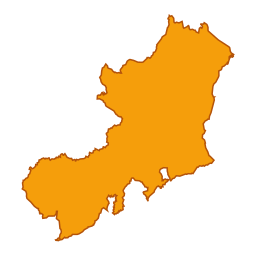 Tianguistengo, Hidalgo, Mexico (Equal Earth projection)
{"feature_id": "50627088B25883643006706", "entity_name": "Tianguistengo", "entity_type": "district", "adm_level": 2, "iso_a3": "MEX", "parent_name": "Mexico", "parent_adm1": "Hidalgo", "projection": "equal_earth", "projection_center": [-98.571, 20.781], "detail": "fine", "context": "isolated", "style": "filled", "palette": "amber", "viewbox_px": 256, "rotation_deg": 0, "n_neighbors": 0, "source": "geoboundaries", "source_scale": "gbopen_adm2", "svg_char_len": 5842}
<svg xmlns="http://www.w3.org/2000/svg" viewBox="0 0 256 256"><path d="M169.3,15.4L169.1,16.8L168.0,18.4L168.0,18.9L169.1,19.6L168.6,21.5L169.1,24.8L168.7,25.2L168.3,26.8L167.5,27.5L165.8,34.5L162.3,36.8L161.2,39.1L156.7,44.9L157.0,45.5L156.4,47.0L156.6,48.5L155.4,51.5L154.4,52.3L153.4,52.4L153.2,53.9L152.5,55.4L151.4,56.0L151.0,57.3L149.9,58.2L148.8,57.5L147.1,57.6L147.2,58.2L143.3,61.9L142.2,62.3L137.9,62.2L133.6,60.4L129.9,59.5L128.6,60.1L127.2,61.2L125.7,64.6L122.9,65.5L122.8,66.6L120.4,69.6L120.3,70.8L121.4,73.1L120.1,73.1L119.1,72.5L117.0,73.0L115.0,72.1L114.6,72.5L112.9,71.2L111.6,69.3L108.3,68.2L107.7,67.5L107.6,66.1L105.8,64.0L103.8,67.3L102.4,68.0L101.7,71.0L101.3,75.1L99.7,77.4L100.7,79.5L101.1,81.8L102.6,84.1L105.4,85.8L105.6,86.7L106.3,87.5L106.1,89.6L107.0,92.8L105.8,94.0L104.3,92.7L104.5,94.2L104.2,94.5L103.7,93.4L103.8,94.1L103.2,94.9L103.4,94.0L103.0,93.4L102.9,94.1L101.8,92.0L102.0,93.4L100.6,94.4L100.5,95.2L98.2,95.1L97.4,95.8L97.2,99.0L99.5,98.8L103.3,100.7L103.3,101.7L105.1,103.1L105.7,105.5L106.3,106.3L113.9,110.9L116.0,114.3L116.7,114.5L117.6,115.7L119.3,116.7L121.0,116.7L121.4,117.8L122.4,118.4L122.5,118.9L121.9,120.0L121.7,121.8L120.4,123.2L120.1,124.9L118.0,125.0L116.1,125.9L114.6,125.1L112.1,127.5L112.0,128.1L110.6,128.1L109.8,128.9L108.5,129.0L107.9,132.2L106.4,133.3L106.3,133.9L107.6,136.8L106.9,138.2L107.0,140.7L106.7,142.1L108.3,142.9L108.2,144.9L106.3,146.0L105.3,147.6L103.7,146.8L103.1,147.0L102.9,148.6L99.8,149.4L99.2,150.6L95.2,148.6L95.3,149.9L93.3,151.0L93.1,152.7L91.5,153.2L89.6,152.4L89.3,153.3L89.5,155.2L88.7,155.7L88.1,157.2L85.9,156.3L85.5,157.7L84.0,158.6L80.1,159.0L78.2,159.9L76.4,159.4L75.5,161.5L75.4,160.2L74.6,159.5L72.6,160.3L71.6,158.4L69.7,158.5L67.1,157.3L64.9,153.7L63.6,155.2L63.1,155.1L62.5,153.9L61.4,154.0L60.2,155.3L60.4,157.2L58.6,156.3L58.1,157.7L56.3,157.3L55.5,159.1L55.7,158.0L54.2,159.1L51.9,158.9L50.3,160.2L49.6,159.5L49.3,158.0L48.9,157.9L47.1,158.7L45.9,158.2L45.0,159.0L43.7,158.0L41.5,158.8L40.7,159.6L39.1,160.0L38.7,162.3L37.2,162.8L37.3,164.7L35.7,164.5L35.5,166.4L33.4,168.3L32.2,168.7L30.6,167.1L29.8,167.5L29.3,169.4L30.5,169.6L30.8,170.4L29.7,173.8L28.5,174.8L28.2,176.6L27.5,177.8L26.1,178.2L24.2,180.3L23.2,180.3L23.1,181.9L22.5,182.9L23.1,187.2L22.3,188.9L25.8,191.2L26.6,193.7L26.5,196.5L27.0,198.5L31.0,202.2L34.4,206.3L37.0,208.2L38.4,208.5L38.3,209.7L39.4,211.1L39.6,213.1L40.2,213.2L40.1,213.8L41.6,213.6L43.0,214.9L42.5,216.6L42.8,218.3L46.5,217.8L48.3,216.1L54.4,216.0L56.2,213.7L56.5,211.3L57.3,211.3L56.4,218.6L59.2,220.9L60.0,228.6L60.8,229.3L61.3,231.3L61.1,233.0L60.1,234.5L59.3,238.2L58.2,238.1L56.8,239.7L55.6,239.9L55.8,240.3L58.6,240.6L60.4,239.3L60.6,239.8L62.1,239.5L64.7,237.3L65.3,237.9L67.9,237.7L68.6,236.7L71.5,235.8L72.4,234.4L77.2,234.4L79.1,233.8L82.6,231.7L84.3,229.7L87.9,227.7L88.2,226.8L89.0,226.9L92.0,226.0L93.6,225.0L93.4,224.4L94.2,224.0L94.9,222.4L95.0,220.8L96.3,220.4L98.3,218.2L99.4,213.5L100.8,212.9L101.7,209.1L103.6,207.7L107.3,210.5L106.8,209.3L107.3,206.7L108.5,203.8L109.0,203.5L108.7,201.8L106.7,198.7L108.7,195.3L110.2,197.0L110.6,196.0L111.7,196.7L111.8,196.3L112.0,196.8L113.7,196.6L114.0,196.3L113.8,195.4L115.1,194.5L115.6,195.2L116.8,195.6L115.7,196.9L115.6,198.4L115.9,198.4L115.8,199.3L116.3,200.1L115.7,200.5L116.2,201.1L115.4,201.3L115.2,202.0L113.8,202.2L113.8,203.4L114.6,204.8L114.0,205.8L114.3,207.2L113.5,207.2L114.1,209.1L113.4,209.5L113.2,210.2L113.9,211.5L112.6,212.9L114.5,214.5L114.9,213.7L116.3,213.8L117.3,212.8L117.9,213.1L118.4,211.7L119.2,211.8L119.1,210.9L119.8,211.2L120.5,210.1L121.1,210.7L123.1,209.6L122.8,206.3L124.0,206.1L122.5,203.3L123.8,199.7L123.2,199.3L122.4,197.5L124.2,195.7L124.5,193.4L123.7,192.5L123.1,190.4L125.4,186.6L126.3,186.0L127.5,184.2L129.7,183.4L129.8,181.1L130.9,181.0L131.3,178.7L132.0,178.0L133.4,178.1L135.2,180.4L139.5,180.8L141.2,182.0L142.3,182.2L142.6,183.3L144.5,185.7L144.8,186.8L146.4,187.1L147.1,187.8L147.8,187.6L147.6,190.7L143.5,191.9L143.2,192.4L143.9,194.1L145.5,195.1L145.7,195.8L146.9,196.9L146.4,198.2L148.1,201.2L147.9,198.9L148.5,197.6L149.6,196.0L154.1,192.1L154.6,190.3L157.1,186.6L158.4,186.0L159.0,186.7L159.9,186.6L160.4,188.2L161.2,188.2L161.6,186.7L163.0,186.8L162.6,185.1L163.2,184.5L164.9,184.6L165.6,182.5L167.4,181.5L168.6,179.8L167.8,179.4L166.5,179.7L165.3,179.0L163.7,179.6L163.2,180.7L162.1,180.7L162.5,179.4L162.0,178.6L162.2,176.5L161.1,173.9L159.5,172.2L159.9,169.9L160.9,168.9L163.5,167.7L167.2,167.9L167.3,171.3L167.9,173.3L167.9,174.5L169.8,178.0L170.4,180.6L170.8,180.8L172.6,178.6L174.3,178.1L176.3,175.8L179.9,176.1L185.7,174.0L186.7,174.3L188.0,173.7L191.3,173.8L191.9,173.2L193.0,173.6L197.2,167.1L198.0,167.3L199.6,165.8L202.0,166.2L203.2,165.4L204.2,166.2L206.2,164.9L207.7,165.0L208.3,164.2L210.2,163.2L211.6,163.3L214.0,160.2L210.0,156.2L209.0,155.6L207.8,151.9L205.7,147.8L204.9,143.4L205.4,143.1L204.5,140.0L202.3,138.1L202.6,134.6L204.1,133.5L205.4,130.5L204.4,129.9L204.1,129.0L203.2,123.8L205.4,120.7L206.6,120.4L207.9,119.1L209.1,119.2L209.5,116.2L211.0,112.7L214.3,100.0L213.9,97.4L214.4,97.0L213.4,96.9L212.1,94.0L212.9,86.4L213.8,84.0L215.8,82.1L218.6,76.7L218.9,75.5L218.8,71.0L221.4,69.6L222.3,66.7L223.9,66.2L226.8,63.7L227.2,62.9L227.6,64.0L227.9,63.8L229.4,58.7L230.2,57.4L229.2,57.7L229.3,56.6L231.7,54.9L231.7,57.0L232.3,57.2L233.3,56.4L233.0,55.6L233.7,54.5L231.2,52.9L230.3,51.2L229.7,47.7L228.9,46.8L218.4,40.0L208.4,31.2L208.0,30.4L208.0,27.4L207.3,25.3L206.8,24.4L204.2,22.7L203.7,24.0L200.9,24.0L200.8,24.4L202.1,25.7L202.5,26.9L201.8,28.2L200.6,27.3L199.4,28.3L198.6,32.9L196.2,32.0L195.2,30.2L194.3,30.3L192.6,29.3L190.2,29.7L189.3,28.7L188.9,26.1L188.3,25.6L186.8,26.9L183.9,28.2L183.3,27.5L182.1,21.4L179.0,22.9L176.4,22.2L175.3,22.9L174.5,22.7L174.0,22.1L173.7,18.2L171.8,15.8L170.4,16.3L169.3,15.4Z" fill="#f59e0b" stroke="#b45309" stroke-width="1.5"/></svg>